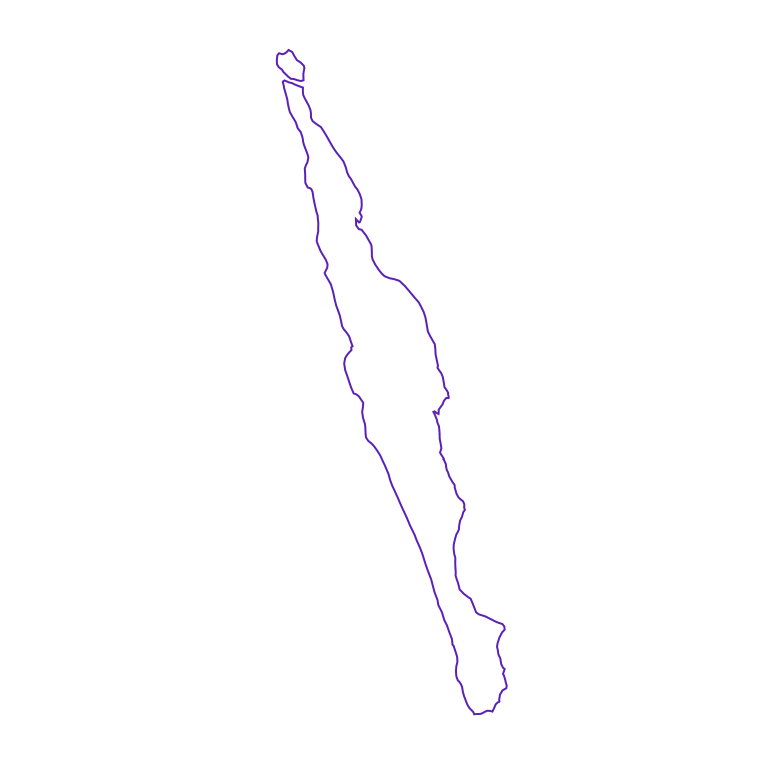 Sainte Marie, Analanjirofo, Madagascar, rotated 137°
{"feature_id": "10022922B25342620887316", "entity_name": "Sainte Marie", "entity_type": "district", "adm_level": 2, "iso_a3": "MDG", "parent_name": "Madagascar", "parent_adm1": "Analanjirofo", "projection": "orthographic", "projection_center": [49.903, -16.911], "detail": "fine", "context": "isolated", "style": "outline", "palette": "violet", "viewbox_px": 768, "rotation_deg": 137, "n_neighbors": 0, "source": "geoboundaries", "source_scale": "gbopen_adm2", "svg_char_len": 4860}
<svg xmlns="http://www.w3.org/2000/svg" viewBox="0 0 768 768"><g transform="rotate(137 384 384)"><path d="M529.1,72.2L528.1,70.5L524.6,71.8L520.9,73.5L518.1,73.6L516.9,73.0L516.1,73.1L515.1,74.6L512.9,76.2L511.1,77.7L506.2,79.1L502.0,78.1L501.0,78.9L499.7,80.0L499.2,81.3L498.7,82.3L497.2,84.8L496.3,86.6L495.0,89.3L494.7,90.8L490.2,93.2L490.4,95.6L489.3,99.2L485.9,104.3L485.8,104.9L484.8,108.1L482.1,112.0L480.6,114.7L477.5,117.1L472.2,120.0L467.1,121.8L463.4,122.0L461.4,124.5L461.1,127.7L462.9,130.9L464.1,133.3L466.2,139.0L468.3,144.8L471.8,151.0L472.3,154.3L469.2,162.1L467.1,167.8L467.9,171.3L468.7,176.0L468.8,181.3L468.7,182.4L467.6,184.3L466.7,185.9L465.3,188.5L464.0,191.6L462.3,195.1L460.3,197.0L456.9,201.1L454.0,204.5L450.4,208.2L448.6,211.7L445.5,216.0L442.4,219.1L436.8,222.8L433.5,224.7L431.1,225.4L428.5,226.5L425.3,229.4L421.5,232.2L417.7,233.6L413.4,236.2L410.6,236.8L409.8,238.8L407.3,241.2L406.2,244.3L406.7,247.7L406.8,250.5L405.8,254.3L402.8,260.2L401.6,261.4L401.1,262.7L400.7,266.0L400.1,268.5L399.3,271.9L398.0,274.6L397.4,275.8L396.7,278.4L395.7,280.0L395.1,281.0L394.1,282.2L393.3,283.4L392.9,284.8L392.2,286.7L391.9,288.4L391.3,288.4L391.0,289.7L389.9,295.5L385.8,297.9L383.8,300.9L380.4,306.2L376.4,310.7L372.7,315.5L371.4,319.1L369.5,322.3L367.8,326.7L366.9,329.9L365.7,329.5L365.3,327.1L364.6,324.9L363.0,326.2L361.8,327.8L357.7,328.7L355.2,329.1L351.5,330.9L347.9,331.3L346.4,329.7L345.3,330.7L344.0,333.1L343.2,333.5L342.5,336.2L342.3,337.8L342.0,338.7L342.1,340.1L339.2,344.4L336.2,349.1L334.8,352.8L334.3,356.7L333.8,359.4L332.1,360.5L329.2,365.3L326.0,370.6L322.8,374.3L319.7,378.5L317.8,386.7L316.2,392.3L312.3,398.2L308.2,404.6L305.8,409.8L305.3,411.5L302.9,419.7L302.7,426.0L302.2,435.2L301.9,441.6L302.4,449.0L305.0,453.7L307.7,457.4L310.1,462.5L310.3,466.4L310.0,470.8L309.0,477.1L307.3,483.1L305.6,485.8L302.7,489.0L299.0,493.4L298.1,495.4L297.1,499.6L295.8,505.0L295.2,512.1L296.8,514.5L296.2,519.0L293.9,521.6L292.1,523.7L292.1,520.0L292.1,519.2L290.9,519.0L289.1,519.9L286.3,521.4L285.6,523.0L285.0,526.0L283.5,526.5L280.7,527.9L278.4,529.9L274.5,534.4L272.1,539.7L270.7,544.9L270.5,548.2L268.4,556.2L267.9,560.1L266.6,564.0L264.4,568.0L261.9,574.3L261.3,579.3L261.0,584.4L260.4,588.9L260.0,591.5L258.8,596.7L257.1,603.6L255.5,611.2L254.9,615.1L256.2,620.3L256.9,624.9L256.0,628.1L254.7,629.8L252.8,631.8L250.9,634.6L249.2,638.9L248.4,642.0L247.5,645.5L246.7,648.3L245.9,650.6L244.3,652.7L242.4,654.8L241.1,656.1L242.0,657.6L243.7,661.2L245.2,664.3L246.1,666.9L247.7,669.2L249.7,673.8L250.9,674.1L251.8,674.0L252.3,673.5L253.8,670.7L255.4,668.2L257.5,664.1L258.5,662.1L260.9,657.7L263.1,654.6L265.7,650.3L267.4,647.0L268.8,641.2L269.9,635.9L272.0,631.2L272.5,630.6L273.0,626.7L273.0,625.3L275.1,620.6L276.6,618.1L277.8,616.5L279.3,613.8L282.3,606.5L282.9,604.9L284.7,601.4L288.9,598.3L292.0,597.2L295.0,595.6L299.0,590.7L302.5,586.9L304.4,584.6L305.8,579.8L304.6,577.7L304.2,576.3L305.2,573.3L309.1,567.6L312.4,562.2L316.1,555.8L317.7,552.3L319.3,550.5L322.4,546.3L327.0,541.7L327.4,541.2L327.8,540.6L332.5,537.3L335.8,534.4L337.0,531.7L339.7,524.5L339.9,523.7L340.6,520.3L341.8,514.6L343.6,510.1L346.1,507.8L351.7,505.7L352.4,503.9L354.8,493.4L356.1,490.7L358.5,485.9L362.4,479.5L365.4,474.1L367.6,468.8L369.7,464.1L372.7,458.9L375.1,455.1L376.0,452.0L376.3,447.4L377.0,442.6L379.1,438.1L380.5,434.9L381.2,433.1L382.0,433.2L383.2,433.0L383.8,432.1L384.7,431.0L387.3,430.9L389.2,430.7L391.2,430.4L394.8,429.4L399.2,426.1L403.0,420.5L404.0,418.1L406.0,413.6L408.6,408.0L410.6,403.5L412.6,397.8L411.2,395.0L410.8,392.1L412.0,384.4L415.5,381.2L419.0,378.5L422.5,373.4L425.3,367.6L427.5,364.7L431.1,360.5L432.5,358.7L433.6,357.1L434.3,353.3L433.7,348.7L433.7,345.4L434.5,339.5L435.5,334.2L437.2,329.3L438.8,324.2L442.1,315.1L445.1,309.4L447.5,303.6L448.2,301.3L451.4,291.7L453.8,285.0L454.8,282.1L458.4,271.0L461.6,262.4L463.2,257.0L464.7,252.2L465.9,249.4L466.8,247.2L468.7,241.5L471.5,234.3L474.0,229.1L476.4,224.1L477.1,222.5L478.8,218.7L481.1,213.1L482.7,209.0L486.3,202.4L489.1,197.1L492.2,189.5L495.0,185.3L497.4,177.3L500.9,170.3L502.6,164.5L505.3,158.4L508.2,151.3L510.3,148.3L511.6,146.9L511.8,144.5L512.2,143.9L515.0,137.8L516.6,134.6L519.7,130.8L523.9,128.0L527.4,124.7L530.5,120.8L532.1,116.9L532.0,114.6L532.6,111.7L533.5,109.2L536.3,105.0L538.2,101.4L540.2,96.5L541.8,92.4L542.6,88.5L542.4,86.2L542.5,82.8L543.3,80.9L540.7,79.0L539.3,77.5L537.6,76.5L534.3,75.6L531.4,74.7L529.1,72.2ZM244.2,690.8L244.9,687.4L244.2,683.6L244.8,680.5L244.6,677.4L244.5,674.4L244.0,670.8L242.0,668.6L240.3,665.5L238.1,662.2L235.7,661.0L233.8,663.2L231.6,665.7L229.3,667.5L226.7,669.4L225.6,671.4L225.7,675.8L226.8,680.3L225.9,685.0L225.6,686.0L224.7,689.5L226.0,693.4L227.3,693.2L229.0,693.1L231.8,693.6L233.3,694.4L235.2,697.5L237.8,697.1L241.2,694.3L244.2,690.8Z" fill="none" stroke="#5b21b6" stroke-width="2"/></g></svg>